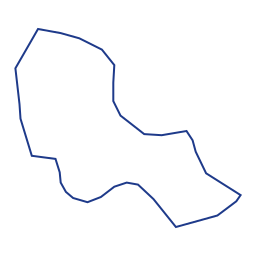 outline of Gangnam-gu, Seoul, South Korea
{"feature_id": "91817680B53321453404308", "entity_name": "Gangnam-gu", "entity_type": "district", "adm_level": 2, "iso_a3": "KOR", "parent_name": "South Korea", "parent_adm1": "Seoul", "projection": "mercator", "projection_center": [127.072, 37.488], "detail": "fine", "context": "isolated", "style": "outline", "palette": "blue", "viewbox_px": 256, "rotation_deg": 0, "n_neighbors": 0, "source": "geoboundaries", "source_scale": "gbopen_adm2", "svg_char_len": 535}
<svg xmlns="http://www.w3.org/2000/svg" viewBox="0 0 256 256"><path d="M240.6,195.1L206.1,173.3L195.7,151.7L192.6,140.3L186.5,131.0L161.7,135.2L144.2,134.1L120.5,115.6L113.3,101.1L113.3,82.6L114.3,65.1L101.9,49.6L95.3,46.3L79.3,38.3L60.7,33.1L38.0,29.0L33.2,37.4L15.4,68.3L19.5,104.2L20.5,118.7L31.8,155.8L55.5,158.9L59.7,172.3L60.7,182.6L65.9,191.9L73.1,198.0L87.5,202.2L100.9,197.0L114.3,186.7L126.7,182.6L138.0,184.6L153.5,199.1L175.9,227.0L217.4,215.5L236.3,201.3L240.6,195.1Z" fill="none" stroke="#1e3a8a" stroke-width="2"/></svg>